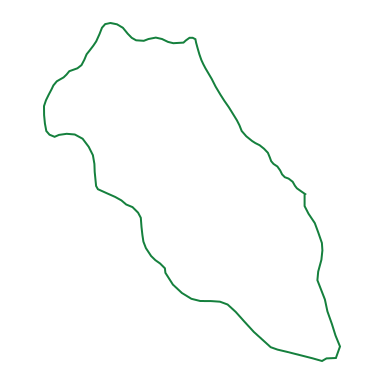 the district of Dola, Ngounié, Gabon
{"feature_id": "22940354B92204383956845", "entity_name": "Dola", "entity_type": "district", "adm_level": 2, "iso_a3": "GAB", "parent_name": "Gabon", "parent_adm1": "Ngounié", "projection": "albers", "projection_center": [11.352, -2.321], "detail": "fine", "context": "isolated", "style": "outline", "palette": "green", "viewbox_px": 384, "rotation_deg": 0, "n_neighbors": 0, "source": "geoboundaries", "source_scale": "gbopen_adm2", "svg_char_len": 1705}
<svg xmlns="http://www.w3.org/2000/svg" viewBox="0 0 384 384"><path d="M205.4,68.2L203.3,64.2L201.4,60.1L199.4,54.4L197.6,48.2L196.1,42.7L195.4,39.2L192.7,37.8L189.5,37.8L185.9,40.4L183.5,42.6L173.3,43.2L168.0,41.9L162.0,39.0L155.8,37.6L148.5,39.0L143.8,40.8L136.1,40.3L131.7,37.8L127.7,33.7L122.9,27.8L117.0,24.3L110.3,23.0L105.2,24.1L102.0,27.7L99.5,34.1L96.2,41.4L93.3,45.7L89.7,50.4L86.6,54.3L84.3,59.8L81.5,65.1L77.4,68.3L69.3,71.2L66.5,74.6L63.6,77.4L59.9,79.5L56.8,81.3L53.4,85.4L51.6,89.2L48.7,94.7L46.0,100.2L44.0,106.1L44.1,115.1L44.9,123.4L46.3,131.0L49.5,134.7L54.6,136.8L59.0,134.9L66.7,133.8L74.8,134.5L82.6,138.7L88.7,146.8L92.9,155.2L94.4,163.9L94.7,171.9L96.1,186.0L97.9,189.2L107.2,193.4L115.1,196.9L121.4,200.4L126.2,204.5L132.5,207.1L138.1,212.7L140.8,217.8L141.5,227.0L142.4,235.0L143.4,241.6L145.9,248.1L151.1,256.0L155.4,260.2L160.1,263.5L164.9,268.3L165.4,272.8L168.2,277.2L172.9,284.6L181.9,293.0L191.4,298.8L200.2,301.0L211.4,301.1L220.0,301.7L227.6,304.5L235.7,311.9L244.1,321.3L253.8,331.9L264.3,341.4L270.7,347.2L277.5,349.6L287.2,351.9L301.9,355.6L312.5,358.3L322.0,361.0L326.5,358.4L335.9,358.0L340.0,346.5L335.5,335.5L331.9,324.0L327.4,311.3L324.9,299.5L317.4,280.2L318.2,271.6L321.4,259.8L322.4,250.4L321.9,243.0L318.2,232.3L314.8,223.1L308.5,213.7L304.6,206.1L304.6,194.6L305.2,194.1L301.4,191.5L296.9,188.3L294.9,185.7L292.7,181.8L288.6,178.6L284.8,177.2L282.1,174.4L280.2,170.5L277.4,166.5L273.5,163.9L271.2,161.2L269.8,157.4L267.9,152.8L264.0,148.7L259.6,145.2L255.4,143.1L252.1,141.0L246.3,136.3L241.7,131.0L239.4,125.2L236.9,120.3L233.2,114.3L228.8,107.2L224.4,100.9L220.5,94.8L215.6,86.6L211.7,78.9L205.4,68.2Z" fill="none" stroke="#15803d" stroke-width="2"/></svg>